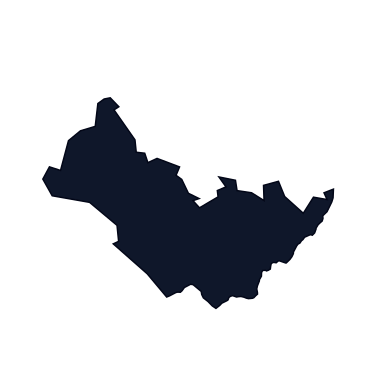 Mitchell, North Carolina, United States of America (Albers equal-area conic projection), rotated 154°
{"feature_id": "52423323B85327388246138", "entity_name": "Mitchell", "entity_type": "district", "adm_level": 2, "iso_a3": "USA", "parent_name": "United States of America", "parent_adm1": "North Carolina", "projection": "albers", "projection_center": [-82.222, 35.991], "detail": "fine", "context": "isolated", "style": "filled", "palette": "ink", "viewbox_px": 384, "rotation_deg": 154, "n_neighbors": 0, "source": "geoboundaries", "source_scale": "gbopen_adm2", "svg_char_len": 1646}
<svg xmlns="http://www.w3.org/2000/svg" viewBox="0 0 384 384"><g transform="rotate(154 192 192)"><path d="M177.9,71.5L177.2,73.1L176.3,76.5L174.3,79.0L170.4,82.6L170.1,83.3L169.5,83.9L168.7,84.4L166.5,85.9L165.4,88.0L164.8,89.1L163.0,90.5L160.4,89.5L159.6,88.4L157.8,88.2L155.4,88.4L153.7,91.0L152.3,92.8L150.5,93.2L149.2,92.8L147.4,91.5L144.7,92.2L143.7,91.9L138.9,87.1L138.4,86.9L133.5,88.5L130.5,90.1L127.9,92.2L127.1,93.6L121.5,97.7L119.6,98.7L117.4,98.8L115.0,100.2L113.2,100.6L110.6,102.0L104.6,101.8L103.7,101.3L102.8,100.4L99.7,101.5L96.7,104.4L96.4,105.1L93.0,107.3L90.2,108.2L87.8,108.8L85.9,110.8L84.9,113.3L79.3,115.1L70.7,121.8L67.8,124.9L63.6,132.6L73.7,133.4L73.9,126.0L85.1,134.1L101.3,124.1L110.7,147.3L109.6,163.7L124.8,166.6L131.0,152.7L138.8,165.2L150.9,173.5L147.8,183.5L161.2,193.7L159.2,181.7L168.6,182.2L170.7,176.2L192.2,174.5L194.9,183.8L188.5,183.0L195.8,192.4L195.7,207.8L199.0,214.0L192.2,220.0L208.7,237.5L218.8,237.7L217.5,247.6L224.7,252.2L220.4,263.9L226.1,300.0L220.4,300.7L224.2,312.5L230.2,314.1L237.8,312.8L250.2,293.4L265.4,295.9L280.5,292.3L300.7,269.0L309.1,277.1L320.4,269.0L319.3,249.9L288.6,227.6L274.0,194.9L279.6,179.8L285.5,179.9L268.1,138.1L260.8,108.7L257.9,108.5L250.5,108.7L248.7,108.3L246.4,107.0L244.3,107.6L240.7,109.5L233.7,109.7L231.6,108.2L227.3,98.6L228.2,95.6L228.2,91.9L225.6,86.5L223.7,80.7L221.5,76.9L216.8,77.9L213.9,79.0L208.9,79.0L207.2,79.1L206.2,79.9L205.2,81.0L203.3,81.4L201.1,81.1L200.5,80.6L199.8,79.9L198.0,78.1L195.6,77.4L193.6,76.5L191.3,74.6L189.8,72.9L188.0,71.4L184.3,70.0L182.8,69.9L180.1,70.9L177.9,71.5Z" fill="#0f172a" stroke="#020617" stroke-width="1.5"/></g></svg>